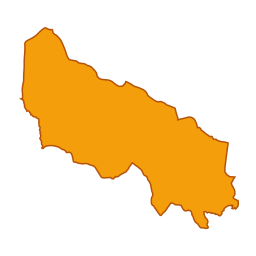 outline of Dairi, Sumatera Utara, Indonesia, rotated 176°
{"feature_id": "22746128B7455670127099", "entity_name": "Dairi", "entity_type": "district", "adm_level": 2, "iso_a3": "IDN", "parent_name": "Indonesia", "parent_adm1": "Sumatera Utara", "projection": "robinson", "projection_center": [98.276, 2.835], "detail": "fine", "context": "isolated", "style": "filled", "palette": "amber", "viewbox_px": 256, "rotation_deg": 176, "n_neighbors": 0, "source": "geoboundaries", "source_scale": "gbopen_adm2", "svg_char_len": 5645}
<svg xmlns="http://www.w3.org/2000/svg" viewBox="0 0 256 256"><g transform="rotate(176 128 128)"><path d="M24.8,71.6L27.2,72.0L29.5,72.2L30.3,72.7L30.9,73.1L31.4,73.4L31.7,73.8L32.7,74.6L34.4,77.5L34.1,81.7L30.2,101.3L29.3,105.3L29.2,106.0L30.2,106.5L32.4,107.2L36.3,108.0L37.6,108.5L40.0,109.6L40.4,109.9L41.0,110.7L42.7,110.6L43.3,110.8L44.1,112.0L44.8,113.6L45.0,113.7L45.7,113.9L46.6,113.6L47.7,114.4L47.9,114.5L48.6,115.2L50.2,116.4L52.5,118.5L52.7,118.8L54.8,120.5L55.7,122.4L56.1,122.9L57.1,123.6L58.5,123.4L58.8,124.4L59.3,127.4L60.7,131.1L61.6,132.5L62.9,133.5L63.8,134.1L66.0,134.7L69.0,134.3L72.9,133.5L74.8,133.3L77.8,132.6L77.7,133.2L77.5,134.1L78.0,135.9L78.7,138.8L79.7,144.5L82.2,145.8L83.3,146.2L85.0,147.2L88.0,148.4L89.4,150.0L92.5,151.7L93.1,152.0L93.7,152.1L96.6,152.1L97.8,152.5L99.9,153.9L103.9,157.0L106.1,159.2L106.5,160.7L107.4,162.5L108.6,163.9L109.5,164.7L110.5,165.4L114.3,167.4L118.6,169.1L119.5,169.6L122.3,171.9L123.9,172.7L125.2,173.7L127.0,174.5L127.1,174.3L127.5,172.8L128.1,172.4L128.6,172.1L129.9,170.5L131.6,170.1L133.5,170.1L134.4,170.4L136.2,171.5L138.7,173.6L140.9,175.7L141.3,175.9L143.1,176.8L144.4,177.2L146.0,177.5L150.2,178.2L152.0,178.7L152.7,179.1L154.1,180.3L154.6,181.1L155.2,182.1L155.4,183.1L155.4,184.2L155.8,185.4L157.2,187.7L160.1,191.1L161.0,191.9L162.4,192.7L164.2,193.2L165.3,194.1L166.6,194.9L168.1,195.4L170.6,195.8L173.1,196.6L173.9,197.8L174.5,198.1L175.5,198.6L180.0,199.7L181.5,200.2L182.3,201.1L183.1,202.4L184.2,205.5L185.0,208.9L185.7,211.4L187.3,216.2L188.2,218.6L189.3,220.8L190.3,222.3L192.4,224.9L193.0,225.5L194.6,226.5L195.9,227.8L196.2,228.6L196.3,229.9L196.6,231.4L199.4,231.6L201.7,232.7L203.0,233.6L204.3,233.6L206.9,232.0L209.6,229.9L212.2,227.6L215.0,225.6L215.7,225.4L216.7,224.7L222.5,222.2L223.8,221.4L224.8,220.1L225.1,218.6L225.1,217.3L225.4,212.9L226.8,202.8L227.3,196.0L227.9,191.3L228.2,189.7L228.2,188.5L228.4,187.6L228.6,184.8L228.8,182.5L229.4,180.1L230.4,176.4L230.8,173.8L230.9,172.9L230.8,169.8L231.0,166.2L231.5,164.7L232.8,164.6L232.4,164.2L231.4,164.2L231.0,164.0L230.8,163.5L230.8,162.7L230.0,161.8L230.1,161.1L230.0,160.5L230.1,160.0L229.8,158.9L229.5,157.4L229.8,156.9L229.8,156.5L229.7,156.2L229.4,155.8L229.2,155.0L229.1,154.9L228.9,154.4L228.1,153.4L228.0,152.8L227.6,152.6L227.7,152.2L227.7,151.9L227.1,152.1L226.2,151.9L225.8,151.7L225.4,151.1L225.0,150.8L224.9,150.4L224.6,150.1L224.5,149.7L224.1,149.2L224.2,148.6L224.0,147.9L223.9,147.8L223.4,147.8L222.8,147.4L221.7,146.0L221.1,145.9L220.6,145.7L219.6,145.5L218.8,144.9L218.7,144.6L216.4,143.2L216.3,141.5L216.5,140.9L216.6,140.5L216.4,138.0L216.6,136.3L216.4,135.7L215.8,135.3L215.6,134.9L215.9,133.3L216.4,132.2L215.9,131.1L215.9,130.6L215.7,130.0L215.7,129.7L216.2,129.0L215.7,128.0L215.5,126.7L215.7,126.3L215.8,124.9L216.6,124.0L216.7,123.5L216.3,123.0L215.9,122.6L215.8,121.7L215.1,120.8L215.1,120.4L215.4,119.5L215.2,117.9L214.8,116.8L214.3,116.1L214.3,115.8L214.5,115.6L214.8,114.4L215.3,114.2L215.1,113.6L214.3,113.5L212.5,114.9L211.6,115.4L210.5,115.7L207.2,116.0L204.0,115.6L201.7,115.0L198.5,113.8L195.2,111.3L193.1,110.5L192.6,110.1L191.9,109.3L191.6,108.5L190.7,107.7L190.4,107.7L189.6,107.9L188.0,107.9L187.0,107.2L186.5,106.7L185.9,105.3L185.4,103.7L185.5,103.2L185.0,100.5L184.8,98.4L184.5,98.0L183.8,97.7L182.1,97.4L180.7,96.6L178.9,96.1L175.7,95.4L175.1,95.4L173.8,95.6L173.2,95.6L170.7,95.1L169.6,94.4L168.8,94.0L166.8,93.3L164.9,92.4L163.9,91.4L163.3,90.7L158.4,81.4L157.0,80.1L155.4,79.9L151.2,79.9L148.8,79.8L147.6,78.6L146.4,78.3L145.9,78.4L144.8,79.8L144.1,79.8L143.5,80.4L143.2,80.4L142.6,80.1L141.6,80.1L141.3,80.2L138.6,82.0L134.9,83.7L133.7,84.1L132.9,84.6L130.5,87.2L130.2,87.5L129.9,88.5L128.1,90.6L127.2,91.6L126.2,92.9L125.0,92.1L123.9,91.1L123.2,90.3L121.7,89.2L117.5,85.2L117.3,84.8L115.6,80.4L115.1,79.8L114.5,79.3L113.2,78.7L112.5,77.8L112.1,76.5L111.8,74.9L111.6,74.5L111.1,74.1L111.0,73.7L110.7,73.5L109.3,69.9L109.2,68.0L109.2,67.6L109.1,67.4L108.6,63.3L108.1,61.5L107.9,60.0L108.0,59.1L109.3,56.8L109.6,56.0L109.9,52.0L109.8,51.0L109.2,49.4L109.0,49.2L108.0,48.7L107.7,48.3L106.8,46.4L106.1,45.4L105.4,44.0L104.5,42.7L103.9,41.5L102.0,38.6L101.2,38.6L100.7,38.9L99.0,40.7L97.4,41.9L96.1,43.1L94.7,44.9L94.5,45.4L93.5,46.5L91.5,48.8L91.2,49.7L90.7,50.0L89.0,50.0L88.4,49.8L87.5,49.1L85.7,48.0L82.7,47.9L81.6,47.4L81.1,47.4L80.6,47.1L80.0,46.2L79.6,45.0L78.5,42.9L77.5,41.7L76.7,41.4L75.3,41.4L73.7,41.6L73.4,41.8L71.9,41.2L70.8,40.4L70.3,38.2L70.2,36.7L69.5,35.5L69.0,34.1L68.8,32.8L67.5,29.7L65.1,27.4L63.1,24.1L62.5,23.6L62.1,23.4L59.6,23.2L57.7,22.4L55.9,22.5L55.2,22.7L54.9,23.2L55.0,23.9L56.0,25.7L55.9,26.0L56.0,26.6L55.0,28.2L54.9,29.1L54.9,29.6L55.3,31.0L57.0,33.3L57.7,34.9L58.0,36.2L58.2,37.8L58.2,39.0L57.9,39.2L56.0,39.1L55.4,38.2L54.8,37.8L54.5,37.8L53.9,38.2L53.3,38.3L52.6,38.2L51.0,37.2L50.7,37.2L50.2,37.5L49.6,37.3L49.3,37.0L47.2,36.5L47.0,36.3L46.9,35.8L46.7,35.7L45.8,35.8L45.5,35.8L44.8,35.4L43.3,34.3L42.7,34.0L42.0,34.2L41.5,34.5L40.6,35.8L40.4,36.1L40.2,36.2L40.3,37.3L40.1,37.8L39.5,38.6L38.8,38.6L38.3,38.8L38.0,39.2L37.9,40.7L37.6,41.1L36.2,41.9L35.8,42.3L34.4,42.9L33.1,43.7L31.3,43.5L30.4,43.7L30.0,43.2L29.7,43.3L29.5,43.7L29.2,43.5L28.9,43.1L28.9,42.7L29.5,42.2L29.4,42.0L29.5,41.0L29.7,40.7L29.9,40.6L29.4,40.2L29.0,40.4L28.1,40.2L27.6,40.4L27.1,40.9L26.5,40.4L26.4,40.1L26.2,39.8L25.9,40.3L25.6,40.4L25.1,40.8L23.8,42.3L23.3,44.6L23.2,47.3L23.3,47.9L24.4,48.4L27.2,50.2L27.6,50.5L27.8,51.0L27.8,51.5L27.7,52.0L26.7,53.1L26.1,54.2L25.9,56.0L25.9,57.4L26.0,58.3L26.3,59.2L26.9,60.8L28.4,63.9L28.7,65.6L28.4,66.5L27.4,67.7L27.0,68.8L26.6,69.5L24.8,71.6Z" fill="#f59e0b" stroke="#b45309" stroke-width="1.5"/></g></svg>